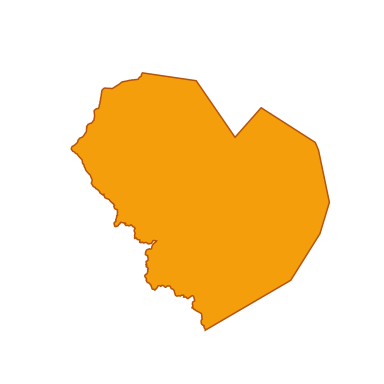 Abeibara, Kidal, Mali (orthographic projection), rotated 213°
{"feature_id": "8926073B20562192673680", "entity_name": "Abeibara", "entity_type": "district", "adm_level": 2, "iso_a3": "MLI", "parent_name": "Mali", "parent_adm1": "Kidal", "projection": "orthographic", "projection_center": [2.565, 19.628], "detail": "fine", "context": "isolated", "style": "filled", "palette": "amber", "viewbox_px": 384, "rotation_deg": 213, "n_neighbors": 0, "source": "geoboundaries", "source_scale": "gbopen_adm2", "svg_char_len": 6048}
<svg xmlns="http://www.w3.org/2000/svg" viewBox="0 0 384 384"><g transform="rotate(213 192 192)"><path d="M298.5,264.9L298.4,264.3L298.4,263.5L298.3,262.7L297.8,261.8L297.7,261.4L298.0,260.8L298.6,259.4L298.6,258.5L298.6,257.3L299.1,256.7L299.7,256.2L301.2,255.0L302.1,254.1L303.0,253.6L303.5,253.2L304.1,252.4L305.2,251.7L305.9,250.9L306.7,250.0L307.8,248.9L309.1,247.8L309.9,246.8L310.6,246.4L310.9,245.5L311.9,242.4L312.7,240.9L315.1,235.5L315.4,235.1L316.7,234.6L319.1,233.1L320.3,232.4L321.5,231.9L322.3,231.0L322.9,228.8L322.8,228.0L322.0,226.2L321.2,224.4L320.4,223.0L319.9,221.5L319.4,220.1L318.4,218.7L318.5,218.2L318.4,217.6L317.9,217.0L317.5,216.3L317.3,215.6L317.2,214.6L317.1,214.2L316.6,213.7L316.4,213.2L316.0,211.5L316.1,210.9L316.7,210.5L317.2,210.0L317.7,209.3L318.4,207.3L318.1,206.5L316.2,204.1L314.9,202.4L313.8,199.7L313.4,198.8L313.6,197.7L313.6,196.1L313.8,195.0L314.1,194.7L314.6,194.3L315.3,193.4L315.5,192.7L315.7,192.4L316.0,192.0L316.0,191.4L315.9,190.8L316.1,189.6L315.9,189.2L315.4,188.9L315.1,188.5L315.0,187.9L314.7,187.1L313.8,185.9L313.5,184.8L313.3,184.0L313.6,183.0L313.5,182.1L313.5,181.2L313.5,180.3L313.7,179.1L313.8,178.5L315.0,176.6L315.6,175.8L315.6,174.7L315.8,173.6L315.2,171.9L315.1,171.0L315.4,169.7L315.7,168.4L316.1,167.2L316.7,165.9L317.2,165.0L317.3,164.5L316.9,162.6L316.4,162.2L315.3,161.7L314.4,161.3L313.8,161.3L312.7,161.5L311.8,161.4L311.2,161.1L310.5,161.1L309.8,161.1L309.2,161.4L307.7,160.7L303.1,159.4L301.8,159.1L301.2,158.6L299.8,156.8L299.2,156.3L298.3,156.2L297.2,155.8L297.0,155.4L296.4,154.7L295.7,154.3L294.6,153.8L293.9,153.1L292.5,152.3L291.4,151.9L288.1,151.0L286.9,150.9L286.1,150.5L284.9,149.5L283.3,148.4L282.3,147.8L282.0,147.5L281.3,144.6L279.6,143.7L279.0,143.5L278.5,143.1L277.8,142.8L276.7,143.0L276.2,143.1L275.4,143.0L275.0,142.6L274.4,142.5L273.9,142.5L273.0,142.7L272.3,142.7L271.7,142.4L270.6,142.3L269.8,142.0L269.0,141.3L268.5,141.1L265.7,141.0L265.1,141.0L265.0,141.4L265.0,141.8L264.6,142.1L264.4,141.7L264.3,141.3L263.7,141.0L262.3,140.0L261.6,139.8L260.1,140.0L258.9,140.4L257.4,140.5L255.8,139.9L254.5,139.6L253.6,139.4L252.6,139.5L251.8,139.2L251.6,139.4L250.8,138.9L250.3,138.7L249.7,138.5L249.8,138.0L249.8,137.5L249.5,137.1L249.1,137.0L248.6,136.7L248.4,136.3L248.0,136.0L246.6,136.0L245.4,136.5L244.7,136.4L244.5,135.8L244.4,135.4L243.7,134.9L243.4,134.4L243.2,133.8L242.6,132.7L242.1,132.4L241.8,132.1L241.9,131.5L242.2,131.1L241.9,130.5L241.5,129.9L240.9,128.0L240.9,127.4L240.7,126.9L240.1,126.5L239.9,125.9L239.9,125.5L240.3,125.0L240.3,124.6L240.4,124.2L240.5,123.8L240.3,123.2L239.9,122.7L238.7,121.9L238.6,121.5L238.2,121.2L237.6,121.2L237.1,121.5L236.6,122.0L236.1,122.6L235.6,123.6L235.7,124.1L235.7,124.9L235.2,126.1L235.2,126.6L235.5,127.2L235.4,127.7L231.1,129.5L230.8,129.5L231.2,128.7L230.6,128.5L230.0,128.1L229.3,127.9L228.8,128.1L228.3,128.6L227.8,129.1L227.2,129.1L226.4,129.3L225.8,129.8L225.6,131.0L224.9,131.3L223.8,131.2L223.3,130.7L222.3,130.8L220.8,131.1L220.5,130.7L219.7,130.2L219.8,129.6L219.8,128.8L219.6,128.3L218.8,127.4L217.6,126.8L217.2,126.3L216.9,125.4L216.5,124.2L215.7,123.5L215.6,122.8L215.0,122.1L214.6,121.9L214.1,122.9L213.5,123.1L212.2,122.4L211.4,122.5L210.5,123.0L209.8,123.4L209.4,123.1L208.6,121.4L208.1,121.4L207.6,121.5L207.0,121.9L206.5,122.6L206.2,122.9L205.4,122.8L204.7,122.9L203.9,123.8L203.5,124.4L202.9,124.6L201.4,124.8L200.6,124.6L199.8,125.0L199.1,125.9L198.1,126.6L197.9,127.2L198.1,128.0L198.2,129.7L197.9,130.3L197.1,130.8L195.7,131.5L195.0,131.7L195.0,131.3L195.2,130.7L195.3,130.0L195.9,128.6L196.0,127.5L196.2,126.6L196.1,125.5L195.9,124.3L195.4,123.2L195.1,122.4L195.4,121.7L195.9,121.3L196.6,121.3L197.0,120.7L197.7,120.0L198.3,119.1L198.4,118.1L198.4,117.2L198.2,116.4L197.9,115.7L197.3,114.8L197.2,114.3L196.7,114.1L195.7,114.2L195.0,114.4L194.5,114.5L194.3,113.9L194.1,113.5L193.5,113.4L192.8,112.6L192.1,111.6L191.9,110.7L191.8,109.9L192.1,109.5L192.5,109.3L192.7,108.8L192.4,108.3L192.0,107.8L191.4,107.3L191.0,107.0L191.1,106.5L191.1,106.0L190.7,106.0L190.2,106.1L189.9,105.7L190.1,104.8L189.6,104.4L189.0,104.3L188.6,104.5L187.9,104.5L187.6,104.1L187.0,104.0L186.9,103.6L187.0,103.1L187.0,102.7L186.5,102.2L186.2,101.6L185.7,101.3L185.6,100.5L185.5,99.9L185.2,99.0L185.4,98.3L185.7,98.0L186.1,97.5L185.8,96.9L186.1,96.4L186.0,95.9L185.1,95.4L184.8,95.0L184.4,94.8L183.7,94.8L183.1,94.6L182.7,94.0L182.5,93.1L182.2,93.1L181.6,92.7L181.1,92.1L179.9,91.9L179.2,92.0L178.5,92.2L177.3,92.0L176.5,91.5L175.4,91.4L175.0,91.1L174.9,90.7L174.4,90.4L173.8,90.0L172.8,89.1L172.2,89.0L171.5,89.4L170.9,89.7L170.2,89.4L169.7,89.5L169.6,89.8L169.7,90.4L169.5,91.0L169.1,91.5L169.1,91.9L169.3,92.7L169.3,93.3L169.1,93.8L169.4,94.4L169.3,95.0L168.4,95.7L167.8,95.9L167.0,95.8L166.5,96.5L166.4,97.3L165.8,97.7L164.3,97.9L163.3,97.6L162.6,97.5L162.1,97.8L161.6,99.8L160.8,100.2L159.7,101.0L158.7,100.9L157.6,100.1L156.7,99.6L155.9,99.9L155.0,100.1L154.1,99.9L153.0,99.3L151.8,98.1L150.5,97.3L150.1,96.6L148.8,96.3L147.9,96.5L147.4,96.9L146.8,97.7L146.2,98.0L145.6,98.1L145.1,98.4L144.8,99.3L144.2,100.2L143.5,100.4L143.0,100.7L142.8,100.9L142.4,100.7L142.1,99.8L141.9,99.3L141.7,99.3L140.5,100.1L140.0,100.6L139.3,100.7L138.4,100.2L137.8,100.2L137.3,100.4L136.8,101.9L136.0,103.9L135.7,104.7L135.0,105.4L134.4,105.5L133.4,104.9L132.8,104.5L132.0,103.7L131.9,103.5L131.2,103.1L130.7,102.5L130.5,101.9L131.3,100.6L131.4,99.9L131.3,99.4L131.1,99.0L130.5,98.1L130.0,97.7L129.5,97.3L129.2,96.7L129.0,95.3L129.0,94.9L128.5,94.8L128.1,95.1L127.5,95.3L127.1,95.0L126.8,94.7L125.5,94.9L125.1,94.7L124.3,94.7L123.4,94.8L121.9,94.9L120.2,95.1L118.1,95.1L117.2,94.6L116.8,94.0L116.4,93.4L115.8,93.0L115.6,92.3L115.1,91.8L114.4,91.3L114.2,90.6L114.4,90.2L114.4,89.6L114.1,88.9L113.7,88.1L112.9,87.3L112.6,86.8L112.0,86.5L110.5,86.2L109.8,86.2L109.4,86.4L109.0,86.4L108.8,85.9L108.5,85.5L108.1,85.0L107.7,84.7L106.6,84.3L106.0,83.9L105.6,83.3L61.1,171.7L62.0,226.7L71.1,258.1L108.7,296.0L115.7,300.7L179.9,300.3L185.7,261.3L249.1,287.6L298.5,264.9Z" fill="#f59e0b" stroke="#b45309" stroke-width="1.5"/></g></svg>